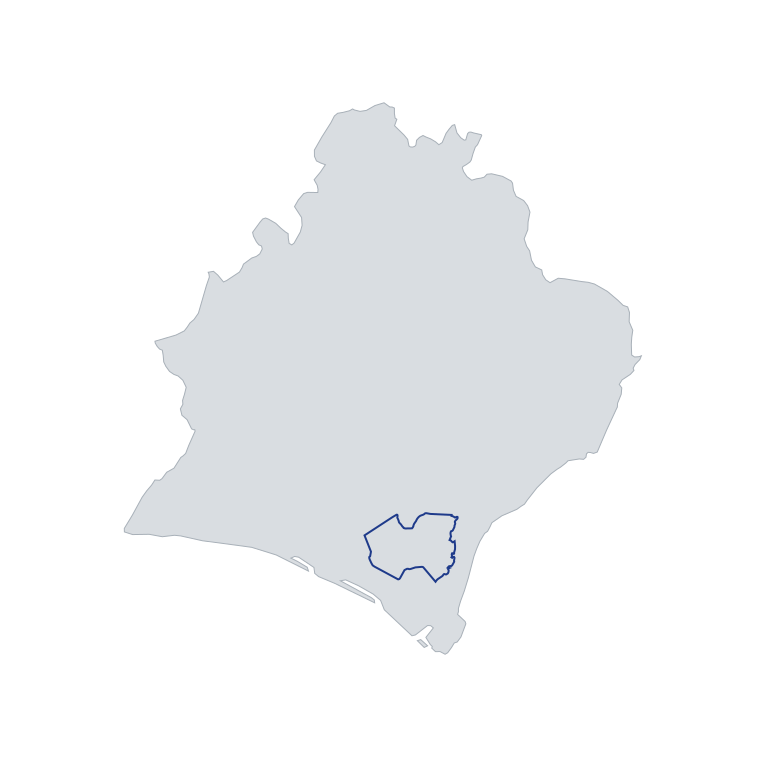 Ivory Coast, with Agnéby highlighted, rotated 32°
{"feature_id": "CIV-3451", "entity_name": "Agnéby", "entity_type": "Department", "adm_level": 1, "iso_a3": "CIV", "parent_name": "Ivory Coast", "parent_adm1": "", "projection": "natural_earth1", "projection_center": [-3.837, 6.123], "detail": "fine", "context": "in_parent", "style": "outline", "palette": "blue", "viewbox_px": 768, "rotation_deg": 32, "n_neighbors": 0, "source": "natural_earth", "source_scale": "10m", "svg_char_len": 5508}
<svg xmlns="http://www.w3.org/2000/svg" viewBox="0 0 768 768"><g transform="rotate(32 384 384)"><path d="M211.6,167.4L213.7,167.3L219.2,165.5L224.1,161.3L228.8,152.6L235.0,145.5L242.1,146.0L244.1,144.8L246.6,144.5L249.5,149.1L252.5,152.6L254.6,152.7L256.1,159.4L268.9,162.2L274.4,164.0L279.0,168.9L280.7,169.0L282.6,168.0L284.1,166.3L284.4,164.4L282.5,160.0L283.4,156.1L285.4,152.6L288.7,152.3L293.7,151.4L299.4,151.3L303.7,152.0L305.4,148.4L303.8,138.5L304.2,133.1L304.9,128.5L306.5,126.6L312.8,132.4L318.6,134.5L322.8,134.7L324.0,133.6L322.2,127.3L322.7,125.4L324.2,124.3L327.0,123.6L334.4,121.0L335.2,121.5L336.5,131.5L335.9,134.7L337.4,141.5L339.3,147.8L339.2,150.3L337.6,154.2L335.7,157.8L335.9,159.2L338.9,161.7L344.5,164.2L350.4,164.7L353.6,161.1L357.0,158.1L359.4,155.5L360.2,151.5L363.9,148.7L374.5,145.1L384.3,144.5L386.6,145.6L391.1,151.1L396.6,154.9L405.2,154.4L411.3,156.7L416.7,160.9L420.3,170.2L424.2,177.0L425.9,186.6L432.1,191.7L436.9,193.9L443.5,200.9L450.3,204.5L457.3,203.7L460.6,207.3L465.9,209.9L471.1,210.1L475.7,202.0L481.8,198.9L497.3,192.4L503.4,189.5L509.5,187.7L524.4,187.1L538.2,189.1L545.1,190.6L549.8,189.5L554.3,193.3L558.9,201.3L562.6,203.9L566.5,206.6L569.3,213.0L572.7,219.3L574.5,222.0L578.7,228.2L582.2,228.3L585.8,225.7L587.3,223.7L588.0,227.7L586.6,234.4L586.9,238.5L588.8,240.1L587.8,245.3L583.7,254.3L583.7,259.7L587.7,261.3L590.6,267.0L592.3,276.6L594.1,279.9L594.3,281.9L597.2,305.2L600.9,328.7L598.5,331.8L595.4,332.7L593.3,333.8L592.7,335.9L594.1,339.1L593.2,342.1L589.3,344.1L580.7,351.6L580.1,354.5L577.8,360.9L575.9,364.7L573.1,371.9L568.7,390.9L567.0,406.7L566.8,411.5L565.1,414.9L563.1,419.8L553.8,433.3L549.0,444.4L549.6,449.2L549.9,454.0L548.5,457.4L548.7,466.8L549.9,474.6L551.5,482.2L558.3,503.9L561.8,517.0L564.0,527.6L566.0,534.8L567.8,537.7L568.5,540.4L578.6,542.4L580.5,544.0L583.3,557.8L582.8,564.0L580.8,566.4L580.9,571.7L580.4,578.2L579.0,580.8L573.3,581.2L569.5,583.7L564.5,582.7L564.0,581.0L561.3,580.4L553.8,576.7L555.1,564.7L551.6,564.2L548.9,565.8L543.6,580.2L541.1,582.7L503.9,575.3L495.8,569.3L486.1,567.9L469.2,568.6L455.3,570.4L451.3,574.0L486.5,571.9L490.2,572.3L492.0,574.5L447.6,579.2L430.6,582.0L425.6,581.3L421.8,576.7L403.4,576.1L399.6,577.6L397.3,581.0L404.5,580.3L416.0,580.1L419.1,582.7L383.2,586.1L358.4,592.6L347.9,597.3L313.2,613.1L292.0,620.6L286.5,623.3L276.9,631.0L264.5,635.9L250.6,644.9L242.2,647.0L240.3,644.1L240.1,628.7L238.9,608.2L239.4,600.3L240.5,592.9L240.6,586.8L244.8,584.5L245.9,581.9L246.5,574.0L250.5,566.7L250.6,554.0L251.7,551.4L252.6,548.0L251.0,539.7L248.8,524.1L247.7,523.0L246.8,523.7L244.6,524.0L235.9,518.6L229.2,517.6L224.5,513.0L224.2,507.8L221.9,504.7L220.3,498.6L218.0,491.6L211.4,487.4L205.1,486.3L200.7,487.2L195.5,487.0L189.6,484.6L185.5,482.0L181.7,476.9L178.1,472.8L175.2,473.3L171.7,472.3L168.3,470.5L167.1,469.1L181.6,452.8L186.5,444.8L187.0,440.0L187.1,435.1L188.7,430.0L189.1,422.3L181.2,394.5L179.2,385.8L177.1,383.3L175.7,382.4L179.7,378.8L185.3,379.7L193.8,382.5L195.7,379.7L202.1,365.7L202.0,360.5L201.3,356.8L205.1,347.2L208.1,343.5L209.7,339.5L209.2,334.0L207.0,331.9L204.0,332.3L200.4,331.0L195.0,327.8L192.2,325.0L193.1,312.3L193.7,308.3L195.6,306.0L198.6,305.4L207.0,305.1L213.8,306.5L219.8,307.3L223.0,307.3L225.6,311.1L229.0,315.0L232.1,314.9L233.1,312.1L232.5,299.5L230.5,292.9L225.9,286.5L214.1,281.0L213.8,273.3L215.0,265.1L217.6,262.0L226.4,256.7L224.9,253.9L222.1,250.9L216.5,247.8L217.8,237.9L218.1,229.1L213.4,230.1L208.5,230.6L204.4,227.8L201.0,222.5L200.4,207.7L200.5,190.6L199.9,183.0L201.2,179.0L205.4,175.3L210.0,170.5L211.6,167.4ZM559.7,582.9L557.7,586.1L548.3,584.0L550.6,581.3L559.7,582.9Z" fill="#d9dde1" stroke="#a8b0b8" stroke-width="1"/><path d="M484.2,491.6L484.4,490.5L484.3,489.4L484.2,488.9L483.9,488.2L483.6,486.4L483.7,485.5L483.7,484.6L483.8,483.7L483.8,483.2L483.6,481.7L483.6,481.2L483.6,480.2L483.9,478.3L484.5,476.7L484.9,476.1L486.7,473.8L487.0,473.1L487.2,472.5L487.3,472.1L487.7,471.6L488.4,471.1L492.2,469.6L510.7,459.2L511.1,460.1L512.0,459.8L513.0,459.6L514.6,459.6L515.0,459.6L516.0,458.2L516.7,457.8L517.4,458.5L517.6,459.5L517.0,461.9L517.0,463.0L517.2,463.5L518.1,464.3L518.4,464.7L518.6,465.3L518.8,466.6L519.1,467.2L519.5,468.0L519.9,471.7L519.7,472.3L519.4,472.8L519.0,473.2L518.9,473.4L519.0,474.1L519.1,474.5L519.3,474.9L519.4,475.1L519.7,475.7L521.1,477.3L521.6,477.6L522.3,481.6L523.8,481.3L525.2,481.8L526.3,481.8L527.2,479.9L530.2,483.8L531.8,486.5L532.8,489.9L533.3,490.6L533.2,491.1L531.8,491.2L531.4,491.6L531.6,492.2L531.9,492.9L532.3,493.1L532.8,494.0L533.2,494.9L533.1,495.2L533.9,495.3L534.2,494.0L535.0,493.5L535.9,494.0L537.1,496.9L537.7,497.5L537.9,501.7L537.5,502.7L536.5,503.4L535.6,504.3L535.4,505.9L535.9,505.7L537.0,505.4L536.8,505.7L536.6,506.7L536.5,507.1L537.6,507.8L538.3,509.2L538.5,510.8L537.7,512.5L537.0,512.9L536.3,513.0L535.7,513.3L535.4,514.1L535.4,515.2L535.2,516.1L532.9,521.2L532.6,522.7L532.5,524.4L514.7,518.7L514.2,518.6L513.7,518.7L513.0,519.0L507.8,522.9L504.8,526.5L503.9,527.4L503.1,527.8L502.5,527.9L501.5,528.5L500.0,530.9L500.5,540.2L500.4,540.8L500.3,541.3L499.5,542.2L472.8,543.9L470.5,543.8L468.4,542.7L465.0,540.5L463.9,539.6L463.2,538.6L463.5,537.4L461.8,533.1L447.7,522.7L461.7,492.5L463.9,488.2L464.2,488.0L464.6,487.9L465.1,488.3L465.4,488.7L465.6,489.1L465.9,489.9L466.1,490.2L466.4,490.5L467.4,491.1L469.1,492.4L469.6,493.0L469.9,493.2L470.4,493.5L472.8,494.1L475.1,495.1L476.7,495.4L477.0,495.7L478.5,495.3L484.2,491.6Z" fill="none" stroke="#1e3a8a" stroke-width="2"/></g></svg>